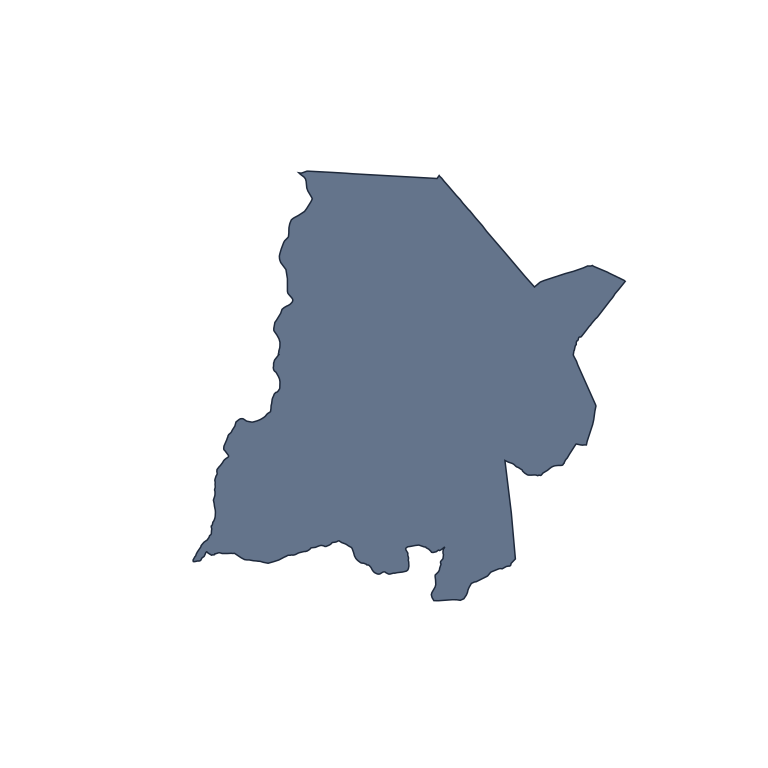 Barna, Timis, Romania (Robinson projection), rotated 56°
{"feature_id": "2599482B99688223143518", "entity_name": "Barna", "entity_type": "district", "adm_level": 2, "iso_a3": "ROU", "parent_name": "Romania", "parent_adm1": "Timis", "projection": "robinson", "projection_center": [22.07, 45.706], "detail": "fine", "context": "isolated", "style": "filled", "palette": "slate", "viewbox_px": 768, "rotation_deg": 56, "n_neighbors": 0, "source": "geoboundaries", "source_scale": "gbopen_adm2", "svg_char_len": 6158}
<svg xmlns="http://www.w3.org/2000/svg" viewBox="0 0 768 768"><g transform="rotate(56 384 384)"><path d="M448.2,599.6L451.6,597.8L453.3,595.9L454.5,594.1L457.4,591.2L459.3,588.8L460.4,587.6L461.8,585.8L464.3,583.8L467.8,580.3L469.6,574.8L471.1,569.6L471.9,562.2L472.1,562.1L472.3,559.4L473.5,557.6L474.0,556.3L475.0,555.1L475.5,554.0L475.9,552.6L476.2,549.8L476.4,548.9L477.5,545.8L478.2,543.9L478.8,543.1L479.5,541.2L479.6,539.0L479.5,537.6L479.1,536.3L479.2,535.8L481.1,532.2L481.6,529.6L482.1,527.7L482.6,526.4L484.2,524.7L485.7,523.8L486.3,522.8L486.5,522.0L486.5,521.3L486.8,520.4L487.0,518.9L487.0,517.6L486.5,515.5L487.8,513.0L488.3,511.6L488.5,509.8L488.8,509.0L491.7,507.8L494.9,505.5L496.0,504.9L498.5,503.9L501.2,502.5L502.5,502.4L506.8,503.5L510.0,504.6L512.9,504.9L514.5,504.7L516.2,504.3L519.1,503.3L520.0,502.6L521.3,501.0L523.5,499.5L524.1,499.5L524.5,499.3L524.9,498.7L525.4,498.1L526.4,497.7L528.7,497.4L531.5,497.7L533.0,497.7L534.9,497.4L537.2,496.1L538.1,495.4L538.8,494.5L539.2,493.5L539.3,490.4L539.6,489.3L540.2,488.4L541.6,487.9L544.1,486.5L544.9,485.4L546.1,481.9L546.9,480.8L547.7,478.7L550.2,473.9L551.6,470.2L551.6,469.3L551.5,468.3L550.7,467.0L548.9,465.2L545.3,463.0L543.6,462.4L542.7,461.5L541.7,460.8L539.1,460.0L537.6,458.8L534.0,458.6L532.9,458.3L532.5,457.9L532.3,457.4L532.2,455.4L533.4,453.0L535.3,448.5L537.0,445.2L541.5,441.8L542.5,440.6L543.4,440.6L545.9,439.3L548.7,438.7L550.1,438.7L551.1,437.6L552.3,434.4L552.1,431.8L553.2,431.0L553.3,429.8L553.3,428.1L553.0,424.7L553.8,426.0L553.8,426.5L554.4,427.4L556.0,428.9L557.5,429.8L558.7,430.1L561.8,432.8L562.8,436.3L563.9,437.2L565.2,437.4L567.8,440.8L569.2,442.1L570.1,443.8L570.5,445.6L571.0,448.4L572.4,449.4L575.2,450.8L579.3,453.3L580.9,455.2L583.7,460.9L585.1,462.6L588.0,463.6L591.5,463.8L594.1,460.1L601.1,447.9L603.6,444.3L606.0,441.7L606.7,437.9L605.0,433.7L603.5,431.4L601.7,429.5L600.2,427.2L598.2,423.1L598.7,419.8L599.5,418.1L601.1,405.5L599.8,401.0L599.8,400.0L601.5,391.9L602.3,390.4L603.3,389.4L603.7,384.6L604.6,382.6L605.3,381.5L605.0,380.1L603.8,379.0L602.5,372.9L562.2,350.6L515.0,326.5L518.3,324.6L521.7,322.0L523.5,321.2L526.0,320.7L527.2,320.2L528.2,319.4L532.6,317.5L533.7,317.8L536.5,317.2L539.5,315.9L540.2,315.3L541.7,313.2L543.8,309.7L544.6,308.8L546.0,307.8L546.2,306.5L547.4,305.3L547.5,304.6L546.7,301.9L547.0,296.7L546.7,293.8L546.6,291.7L546.8,290.1L547.2,288.5L547.7,287.4L549.0,285.0L550.6,282.6L551.0,281.7L551.0,280.7L550.5,279.9L550.3,278.8L549.9,278.5L548.6,276.2L548.1,274.7L547.9,273.6L545.9,269.5L541.2,258.6L541.3,258.1L544.4,255.1L545.7,253.6L546.5,252.0L547.7,250.3L545.1,247.6L534.3,233.7L530.8,230.0L524.5,224.4L520.8,220.6L519.5,220.2L476.6,212.7L472.8,211.7L467.0,211.1L465.7,210.8L462.6,207.9L462.5,207.4L459.5,204.3L459.1,203.5L458.9,202.6L457.1,201.4L456.2,200.3L456.3,199.0L455.8,198.2L454.4,196.6L454.3,196.0L454.5,195.3L454.9,194.9L455.1,194.3L454.9,193.4L452.9,187.2L450.9,181.4L450.6,179.6L450.3,179.2L449.5,176.6L448.1,171.6L448.2,171.3L447.9,169.7L441.2,149.6L440.5,147.1L439.8,145.1L438.4,142.1L436.8,136.3L433.8,126.6L432.3,127.0L417.7,135.5L416.4,136.1L403.7,144.4L402.8,144.8L402.3,144.9L401.8,146.7L400.0,149.2L399.2,153.8L396.5,164.0L393.8,172.0L387.7,193.5L387.0,196.8L386.9,198.0L387.7,205.0L373.8,206.9L344.4,210.1L314.5,213.6L307.7,213.9L297.5,215.2L288.4,216.0L286.8,216.4L278.0,217.5L273.7,217.7L268.2,218.6L257.4,219.8L249.7,220.8L245.6,221.1L243.0,221.7L242.0,221.7L243.3,225.1L192.5,292.0L187.9,297.8L180.4,307.6L165.1,327.9L164.4,329.0L163.4,333.1L162.9,334.7L162.5,335.2L161.3,336.5L163.2,336.1L167.6,334.6L169.9,334.4L172.4,335.2L178.3,338.4L181.5,339.2L188.6,339.6L190.4,339.9L191.9,342.4L195.3,350.0L196.5,353.4L196.4,360.8L195.9,365.5L195.9,367.1L196.1,369.0L197.7,371.5L198.7,372.8L201.3,375.4L203.9,377.3L205.4,378.3L208.4,380.8L208.8,381.6L209.7,386.2L210.5,387.9L214.6,393.7L217.6,397.3L219.0,398.8L219.7,399.4L221.8,400.6L223.1,401.1L225.6,401.7L234.3,401.3L242.7,405.2L253.1,412.2L254.8,412.9L256.4,412.9L260.9,412.3L262.4,412.3L263.5,412.7L264.5,413.8L264.9,414.8L265.4,417.2L265.3,419.7L265.0,421.0L264.8,424.0L265.1,426.8L267.6,430.1L271.0,437.5L271.9,440.0L276.2,444.2L277.8,445.3L278.8,445.5L283.6,445.4L287.8,445.8L291.2,446.9L294.1,448.9L295.6,450.1L298.0,452.9L298.5,453.1L300.2,455.0L300.9,454.7L301.1,455.6L302.8,460.9L303.2,461.7L303.9,462.4L304.9,463.8L307.5,465.6L308.4,466.6L309.9,467.3L311.3,467.6L312.3,467.5L313.8,467.0L314.5,467.0L318.5,467.3L321.3,467.8L324.0,469.0L329.0,472.6L329.7,473.4L330.7,475.9L330.9,477.6L330.5,478.4L330.8,480.1L331.0,480.7L332.1,482.2L333.3,484.2L334.2,485.3L337.3,488.0L338.8,489.7L341.1,491.4L343.3,493.4L343.5,494.1L343.4,497.0L343.7,498.6L343.9,498.9L344.4,500.7L344.5,502.4L344.4,505.3L344.2,507.0L343.6,509.8L342.4,513.5L341.9,514.7L337.9,518.7L335.5,519.6L334.0,520.3L333.3,521.1L332.5,522.6L332.4,524.0L332.7,527.9L335.5,531.2L337.5,535.8L338.4,537.2L338.8,538.5L339.1,541.0L339.5,541.8L339.9,542.5L340.7,543.2L341.2,544.2L342.2,545.4L346.0,551.4L347.9,553.0L348.8,553.4L349.5,553.4L350.2,553.2L355.9,552.9L356.8,553.1L357.3,553.6L357.5,554.6L357.4,556.3L357.6,558.6L358.0,560.0L358.9,561.8L360.1,565.3L360.4,566.9L361.5,570.2L362.9,571.4L365.2,572.5L365.9,573.6L366.3,574.6L368.5,577.4L369.4,578.2L371.1,578.9L372.9,580.3L374.4,581.1L375.4,581.8L376.8,583.5L377.5,583.9L378.6,584.2L380.7,585.6L382.0,586.7L384.9,590.4L388.0,591.6L390.5,592.9L394.2,594.4L396.1,595.5L399.3,597.9L400.5,599.1L401.8,600.8L402.6,602.2L402.8,603.1L404.6,604.9L405.3,606.4L405.2,606.7L406.0,607.2L407.8,607.8L409.2,609.1L411.6,610.9L412.1,611.9L412.2,613.4L413.4,615.0L413.8,616.3L414.4,617.5L414.5,621.8L415.5,625.3L415.8,626.1L416.4,626.6L416.9,627.7L418.8,632.5L420.1,634.9L421.2,636.2L421.4,637.3L423.2,640.8L423.6,640.9L424.5,641.4L424.8,641.2L425.5,640.1L426.5,637.5L427.3,636.4L427.6,635.7L427.7,635.0L427.6,634.3L426.6,632.6L426.4,631.7L426.4,630.1L426.2,629.2L424.1,625.9L423.9,624.9L424.1,624.7L425.8,624.4L429.5,622.7L429.8,621.6L430.6,620.5L430.7,619.7L430.2,619.2L430.9,617.6L431.4,615.6L432.1,614.5L434.0,613.0L436.9,608.7L439.0,605.2L439.9,604.2L440.8,602.6L448.2,599.6Z" fill="#64748b" stroke="#1e293b" stroke-width="1.5"/></g></svg>